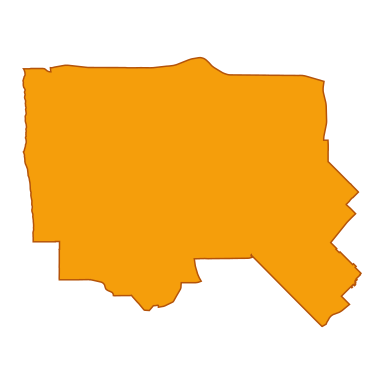 the district of Stirling, Western Australia, Australia
{"feature_id": "25037944B32793785148952", "entity_name": "Stirling", "entity_type": "district", "adm_level": 2, "iso_a3": "AUS", "parent_name": "Australia", "parent_adm1": "Western Australia", "projection": "albers", "projection_center": [115.812, -31.89], "detail": "fine", "context": "isolated", "style": "filled", "palette": "amber", "viewbox_px": 384, "rotation_deg": 0, "n_neighbors": 0, "source": "geoboundaries", "source_scale": "gbopen_adm2", "svg_char_len": 5745}
<svg xmlns="http://www.w3.org/2000/svg" viewBox="0 0 384 384"><path d="M323.9,136.3L326.3,124.4L326.5,123.0L326.6,121.2L326.5,117.9L326.2,106.1L326.0,104.0L325.7,102.2L324.9,99.0L323.6,93.6L323.4,92.6L323.2,91.6L323.1,90.5L323.1,89.4L323.1,88.3L323.2,87.2L323.3,86.2L324.0,81.4L308.9,77.0L305.7,76.1L304.9,75.9L302.5,75.5L300.0,75.4L298.5,75.5L292.2,75.4L284.7,75.4L278.7,75.3L270.6,75.3L267.4,75.2L257.5,75.1L230.5,74.9L228.9,74.8L227.4,74.5L224.6,73.6L223.9,73.3L222.3,72.6L221.5,72.1L214.1,67.6L213.3,67.0L212.5,66.4L211.7,65.7L210.7,64.6L209.0,62.7L206.8,60.6L205.9,59.8L204.9,59.1L203.8,58.5L202.7,58.1L201.5,57.8L200.3,57.6L198.9,57.7L198.2,57.8L192.2,58.8L190.7,59.2L188.3,60.0L177.5,64.3L176.1,64.8L174.5,65.2L173.3,65.5L171.0,65.8L169.3,66.0L168.1,66.1L166.6,66.2L155.9,67.4L153.1,67.7L150.4,67.8L140.6,67.7L135.3,67.8L129.9,67.8L127.6,67.8L125.0,67.6L88.0,67.5L86.1,67.3L69.0,65.4L68.0,65.3L66.0,65.3L65.0,65.3L63.1,65.6L55.8,66.9L54.6,67.1L52.7,67.6L51.7,67.8L50.4,67.7L50.5,69.3L50.7,70.9L50.9,71.8L50.0,71.8L49.2,71.7L48.0,71.3L47.2,70.9L45.5,69.5L44.9,69.0L44.2,68.7L43.5,68.6L42.8,68.5L31.3,68.5L30.8,68.5L29.9,68.7L29.2,68.8L23.5,68.8L24.1,69.8L24.9,72.3L25.1,74.8L25.1,75.0L24.8,75.7L24.2,76.7L24.0,77.1L24.0,77.5L23.9,78.0L23.6,78.6L23.2,80.4L23.0,80.7L23.1,81.2L23.4,82.7L23.2,84.0L23.3,84.5L23.3,85.6L23.6,86.8L23.7,87.3L24.1,87.7L24.3,88.1L24.4,88.5L24.7,88.9L24.9,89.2L25.1,89.6L25.1,90.0L25.1,90.5L24.7,91.3L24.5,91.8L24.5,92.4L25.1,94.3L25.1,95.0L25.1,95.3L24.8,95.8L24.6,97.1L24.6,97.8L24.9,98.9L25.0,99.1L25.2,99.6L25.6,100.6L25.5,101.0L25.6,101.7L25.3,103.9L25.5,104.3L25.6,104.7L25.6,105.2L25.5,106.0L26.0,107.2L26.0,108.1L25.6,109.2L25.6,109.4L25.8,110.4L26.2,113.5L25.9,114.7L25.6,115.4L25.3,115.9L25.2,116.2L25.2,116.6L25.4,119.1L25.3,119.8L25.3,120.6L25.4,121.7L26.2,124.4L26.5,127.2L26.4,127.6L25.9,129.1L26.0,129.7L26.2,130.7L26.2,131.2L26.2,131.9L26.0,132.2L25.9,132.7L26.0,133.0L25.9,134.6L26.1,136.5L25.6,137.0L25.5,137.7L25.5,138.1L25.9,138.9L26.0,139.5L26.0,139.9L26.2,140.6L26.2,141.0L26.2,142.1L26.1,143.2L25.5,144.7L25.4,146.3L25.3,146.6L25.2,146.9L25.1,147.2L25.0,147.5L24.9,148.2L24.6,148.9L24.4,149.7L24.4,150.4L24.2,150.8L24.0,151.1L23.6,151.4L23.5,151.5L23.4,151.8L23.4,152.1L23.7,152.6L24.1,153.7L24.4,154.7L24.5,155.8L24.4,156.7L24.5,157.2L24.7,157.6L24.7,158.4L24.8,158.9L24.9,160.2L24.9,161.6L25.2,162.9L25.3,163.5L25.5,164.1L25.8,164.7L26.6,166.6L27.0,167.8L27.3,168.4L27.5,169.0L27.8,171.6L28.0,173.6L28.1,174.9L28.1,175.5L28.9,177.4L29.2,178.6L29.5,180.6L29.9,182.5L30.1,184.5L30.2,185.9L30.3,189.1L30.5,190.5L30.6,191.1L31.0,192.4L31.0,193.0L30.9,193.7L30.9,194.4L30.9,195.7L31.4,198.4L31.8,200.3L31.9,201.0L31.8,204.4L31.9,205.1L32.3,206.3L32.3,207.0L32.2,208.3L31.9,209.5L31.9,210.2L31.9,210.9L32.0,211.5L32.4,212.8L32.8,214.0L32.9,214.7L32.9,215.3L32.8,216.7L33.1,218.8L33.3,220.1L33.3,221.4L33.5,223.5L33.6,224.8L33.6,226.2L33.6,226.8L33.5,227.5L33.5,228.1L33.6,228.8L33.6,229.5L33.6,230.1L33.1,232.0L33.0,232.6L33.0,233.3L33.1,234.6L33.1,236.6L33.2,237.3L33.2,239.2L33.2,241.1L33.2,241.8L49.9,241.8L55.4,241.8L55.4,241.5L59.5,241.5L59.5,249.3L59.2,249.4L59.3,249.6L59.3,252.3L59.3,254.3L59.3,263.0L59.2,267.3L59.3,268.1L59.3,271.8L59.3,272.8L59.2,278.2L59.3,279.8L61.1,279.8L71.6,279.8L79.1,279.8L79.3,279.7L81.6,279.7L88.7,279.6L89.3,279.7L90.0,279.8L90.2,279.6L90.5,279.7L92.9,280.2L100.8,282.0L102.0,282.4L102.4,282.7L102.6,282.8L102.8,282.9L103.4,283.4L104.0,284.1L104.5,284.8L104.6,285.2L105.3,287.6L105.7,288.7L105.9,289.0L106.4,289.5L107.3,290.2L108.3,290.7L111.1,291.9L111.8,292.3L112.3,292.6L112.8,293.3L113.1,293.8L113.3,294.8L113.4,295.6L114.0,295.6L114.4,295.7L115.3,295.7L121.5,295.6L129.2,295.6L130.7,295.5L130.9,295.5L131.4,295.3L131.9,295.9L132.7,296.9L137.5,302.3L138.7,303.5L144.0,309.9L144.7,310.2L149.3,310.5L153.4,305.7L154.3,305.7L155.5,305.6L157.9,305.2L158.1,305.3L158.3,305.5L158.4,307.2L163.7,306.3L164.4,306.0L165.0,305.8L172.2,302.3L172.9,301.9L173.2,301.7L173.8,300.8L176.3,296.3L178.8,292.0L180.4,289.2L180.6,288.6L180.8,288.0L180.9,287.7L181.1,284.1L181.2,283.4L181.3,282.7L190.8,282.7L195.6,282.7L197.2,282.5L198.2,282.3L199.9,281.7L201.2,281.2L200.0,279.1L199.4,278.1L198.8,276.8L197.8,274.5L197.4,273.4L197.2,272.6L195.8,267.9L195.3,266.0L194.7,261.8L194.3,258.8L199.5,258.7L200.1,258.6L203.4,258.6L203.6,258.6L204.2,258.5L206.2,258.6L208.1,258.7L212.8,258.6L226.4,258.5L229.3,258.5L233.7,258.4L242.2,258.3L244.6,258.3L248.5,258.2L249.4,258.1L251.8,257.4L251.0,255.1L251.3,254.8L251.4,255.3L256.4,260.3L264.2,268.2L265.6,269.6L274.2,278.3L291.3,295.6L309.1,313.5L310.7,315.1L314.3,318.8L321.9,326.3L322.2,326.4L326.1,324.2L326.4,323.4L326.9,322.2L328.7,319.2L329.0,318.5L329.6,317.6L330.2,316.9L330.9,316.1L331.8,315.4L332.7,314.8L333.7,314.3L334.4,314.1L339.0,312.4L339.8,312.0L341.4,311.0L342.4,310.3L349.5,304.4L341.4,296.2L350.1,287.5L350.9,286.8L351.8,287.7L352.4,287.1L351.5,286.2L353.2,284.5L354.0,285.4L354.3,285.2L354.6,285.6L355.5,284.7L354.8,284.0L355.8,282.9L355.2,282.4L355.2,282.2L354.9,282.0L355.9,280.9L355.3,280.4L355.5,280.2L356.1,280.7L357.0,279.8L356.4,279.3L356.6,279.1L356.3,278.7L357.0,278.0L360.3,274.8L360.0,274.4L361.0,273.3L355.3,267.6L355.4,267.4L355.2,267.2L356.1,266.4L353.5,263.8L352.7,264.6L340.0,251.9L339.2,252.6L336.0,249.3L336.7,248.6L330.7,242.6L343.6,226.6L346.9,222.5L348.0,221.3L351.4,217.8L354.8,214.5L355.6,213.7L350.7,208.7L346.3,204.7L346.2,204.3L346.5,204.1L349.1,201.5L349.6,200.9L350.2,200.0L351.8,198.3L352.3,197.9L352.9,197.6L358.4,192.1L358.1,191.7L352.1,185.6L350.6,183.9L349.7,183.3L338.0,171.5L336.2,169.7L328.4,161.9L328.1,161.7L328.1,156.9L328.1,151.2L328.2,150.4L328.2,150.0L328.2,144.9L328.0,140.2L323.7,140.2L323.7,138.7L323.9,136.3Z" fill="#f59e0b" stroke="#b45309" stroke-width="1.5"/></svg>